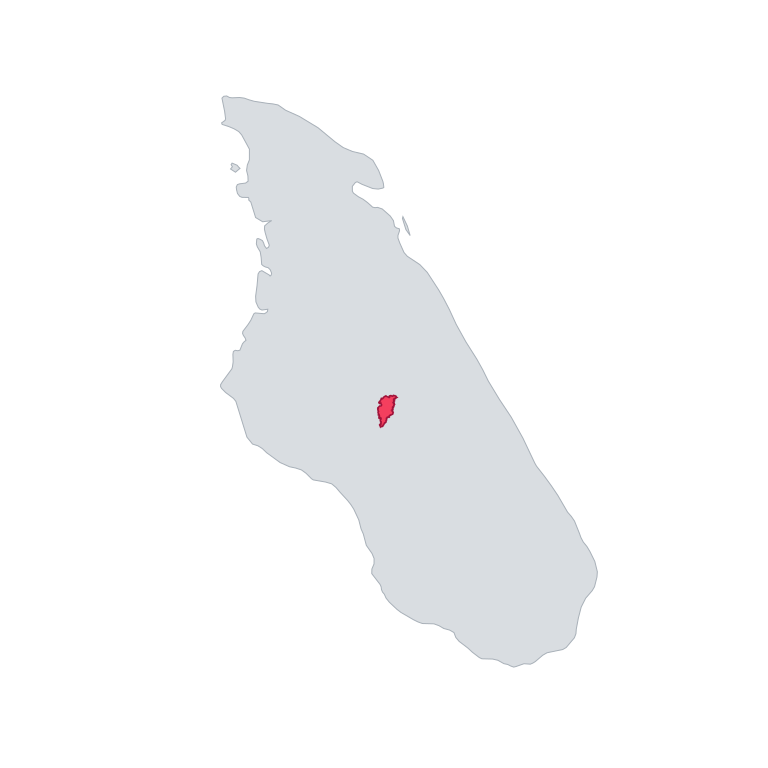 Soavinandriana, Itasy, Madagascar shown in context, rotated 312°
{"feature_id": "10022922B59328070281510", "entity_name": "Soavinandriana", "entity_type": "district", "adm_level": 2, "iso_a3": "MDG", "parent_name": "Madagascar", "parent_adm1": "Itasy", "projection": "albers", "projection_center": [46.563, -19.219], "detail": "fine", "context": "in_parent", "style": "filled", "palette": "rose", "viewbox_px": 768, "rotation_deg": 312, "n_neighbors": 0, "source": "geoboundaries", "source_scale": "gbopen_adm2", "svg_char_len": 8211}
<svg xmlns="http://www.w3.org/2000/svg" viewBox="0 0 768 768"><g transform="rotate(312 384 384)"><path d="M502.9,88.8L504.9,93.6L507.2,98.3L514.6,109.6L517.8,114.0L520.5,118.6L521.6,127.7L526.2,142.0L530.3,163.5L531.2,185.4L532.4,195.5L535.7,205.0L541.2,215.0L542.8,226.0L539.1,237.1L533.8,247.6L532.4,249.6L530.0,252.3L528.9,252.1L525.0,249.3L521.7,244.8L517.7,234.1L516.3,228.7L514.6,227.9L509.7,228.2L506.1,231.5L505.4,233.6L506.0,239.6L507.3,244.9L507.8,250.4L507.8,257.2L509.0,259.3L511.0,261.1L512.9,265.6L513.0,276.3L511.7,281.7L508.2,286.3L508.3,288.8L509.6,291.5L508.3,293.0L503.7,295.0L501.8,296.7L499.3,301.4L495.1,310.9L494.5,315.8L496.7,330.8L495.9,341.4L490.5,361.7L487.4,371.2L483.1,382.7L476.6,397.8L470.1,416.7L464.6,436.3L460.6,448.0L456.0,459.5L449.8,480.0L444.5,500.7L436.7,523.5L426.1,549.0L425.0,552.3L422.7,565.3L420.3,576.6L417.5,587.8L411.6,606.2L410.9,611.9L409.6,617.3L403.9,628.9L401.6,633.2L399.9,637.8L399.0,643.6L397.3,649.1L393.2,659.4L387.2,668.2L383.1,671.4L374.2,676.1L369.7,677.0L359.8,677.2L350.2,679.8L340.2,685.0L330.5,690.9L326.9,693.7L322.8,695.3L310.1,695.7L306.3,694.5L293.4,685.0L288.5,683.4L279.1,682.2L276.3,681.4L273.7,680.2L269.8,675.2L262.3,671.1L260.4,669.8L259.2,666.8L258.4,663.7L256.4,660.2L254.9,653.5L252.3,648.8L245.3,640.6L244.5,637.9L243.8,629.1L243.9,623.1L243.0,612.1L243.7,607.0L246.1,602.3L245.0,597.3L242.3,592.0L241.2,586.6L239.2,581.6L231.7,572.8L229.9,568.4L228.6,563.8L225.6,549.6L225.2,544.6L225.4,534.1L226.3,528.7L228.0,524.9L228.4,522.1L229.6,519.6L231.3,517.7L232.4,515.3L234.9,501.8L238.4,498.8L243.6,497.0L247.7,493.4L250.0,488.6L252.3,478.8L258.7,469.0L261.0,463.9L266.2,456.1L270.8,445.2L272.2,440.0L273.1,434.8L274.2,423.3L275.0,417.5L274.8,411.9L272.0,406.1L265.4,395.6L265.1,393.6L265.5,385.8L264.9,380.1L262.4,374.5L259.3,369.2L256.1,359.3L254.4,342.8L254.6,336.8L253.7,331.6L251.4,326.5L252.8,317.7L272.0,285.5L272.6,281.8L271.7,272.0L272.0,266.4L272.7,264.3L274.2,263.0L277.5,262.4L293.5,260.8L295.5,259.8L299.5,257.1L304.9,251.9L307.4,250.3L309.5,250.9L310.9,253.1L312.7,254.3L319.2,251.9L321.6,251.8L324.1,252.2L325.3,250.0L326.0,247.1L326.9,245.1L328.7,243.9L337.0,243.2L342.2,242.4L349.1,240.3L350.6,240.7L356.1,248.0L357.8,248.6L359.9,248.9L361.8,247.6L357.3,243.8L356.6,241.6L356.9,239.2L359.3,233.9L363.3,229.9L372.2,223.8L381.5,216.8L384.2,216.3L386.5,217.4L388.2,225.7L388.0,227.1L389.5,227.3L391.2,226.3L392.8,222.9L392.9,220.1L391.6,217.5L391.0,215.2L391.0,213.1L395.7,208.2L399.4,203.6L401.2,198.0L402.7,195.4L406.6,192.5L407.8,193.0L408.7,195.3L409.2,197.8L408.2,200.3L406.7,202.8L406.1,206.0L408.3,206.7L410.4,205.9L413.5,200.0L417.0,194.4L419.1,191.5L421.7,189.5L426.1,190.0L430.3,191.2L423.4,185.3L421.8,177.2L430.1,163.3L430.2,160.4L431.4,159.5L431.9,158.4L427.7,153.6L426.9,151.3L427.5,147.7L429.6,144.6L431.5,142.4L434.1,141.6L436.2,142.8L440.7,146.7L443.8,147.3L447.6,143.6L450.7,139.0L455.3,135.9L460.5,134.0L468.5,126.8L473.9,111.5L474.4,107.1L473.3,101.7L471.5,96.5L468.6,90.0L469.4,88.6L473.7,89.5L475.2,88.7L480.0,83.1L488.0,72.3L490.6,72.4L492.8,74.4L493.5,77.4L495.0,79.6L500.2,84.9L502.9,88.8ZM447.9,131.0L447.9,132.7L442.0,131.9L441.1,126.1L444.0,126.0L444.7,123.6L446.5,123.3L448.3,128.5L447.9,131.0ZM517.0,295.7L511.8,304.1L513.4,297.0L519.4,286.9L521.0,286.1L517.0,295.7Z" fill="#d9dde1" stroke="#a8b0b8" stroke-width="1"/><path d="M383.0,401.2L382.9,400.8L382.8,400.7L382.6,400.4L382.7,399.9L382.2,399.3L381.6,399.0L381.5,398.8L381.6,398.5L381.4,398.5L381.1,398.5L380.9,398.5L380.6,398.5L380.3,398.0L380.3,397.8L380.1,397.5L380.2,397.4L380.2,397.1L379.9,396.7L379.6,396.5L379.4,396.5L379.2,396.4L379.0,396.1L378.7,396.0L378.4,396.1L378.0,397.0L377.7,397.0L377.3,396.9L377.2,396.6L377.1,395.8L376.7,394.9L376.6,394.3L376.5,394.1L376.3,393.9L376.5,393.7L376.5,393.4L376.4,393.4L376.1,393.2L375.7,393.0L375.0,392.9L374.9,392.7L374.6,392.6L374.1,392.7L373.9,392.7L373.7,392.6L373.3,392.9L372.8,392.8L372.4,392.8L372.5,392.6L372.2,392.6L371.8,392.0L371.7,391.8L371.5,392.0L371.4,392.0L371.0,391.9L371.0,392.0L370.8,392.1L370.7,392.3L370.3,392.3L370.3,392.2L370.2,392.2L369.8,392.3L369.5,392.3L369.1,392.3L368.7,392.4L368.6,392.6L368.2,392.5L368.0,392.4L367.9,392.4L367.7,392.4L367.7,392.6L367.4,392.7L367.3,392.8L367.2,392.6L366.9,392.5L366.6,392.7L366.5,393.1L366.5,393.6L366.7,394.2L367.0,394.3L367.6,394.3L367.8,394.3L367.7,394.5L367.5,394.8L367.2,395.2L367.0,395.8L366.9,396.2L366.9,396.3L366.7,396.4L366.2,396.4L366.0,396.5L365.6,396.4L365.1,395.9L364.9,395.6L364.7,395.5L364.6,395.4L364.0,395.5L363.9,395.5L363.5,395.4L362.8,395.5L362.7,395.5L362.5,395.3L362.4,395.3L362.3,395.6L362.0,395.6L362.0,396.0L361.9,396.2L361.6,396.2L361.4,396.0L361.1,396.2L361.0,396.3L361.0,396.5L360.8,396.7L360.9,396.8L360.8,397.0L360.7,397.2L360.3,397.4L360.1,397.5L359.9,397.6L359.9,397.8L360.0,397.8L360.1,398.0L360.0,398.3L359.7,398.3L359.4,398.5L358.8,398.7L358.7,398.7L358.4,399.3L358.3,399.5L358.2,399.7L358.2,400.3L358.1,400.5L357.7,400.2L357.4,400.3L357.5,400.5L357.3,400.6L357.4,400.8L357.5,401.0L357.4,401.2L357.6,401.4L357.6,401.6L357.3,401.8L357.1,401.6L356.9,401.9L356.5,402.0L356.4,402.1L356.6,402.3L356.8,402.4L356.8,402.5L356.6,402.7L356.5,402.9L356.3,402.9L356.1,403.1L355.8,402.9L355.6,402.8L355.5,403.0L355.2,403.2L355.2,403.3L355.3,403.4L355.3,403.7L355.4,403.8L355.7,403.7L355.9,403.7L356.0,403.9L356.6,404.2L356.7,404.4L356.7,404.5L356.1,405.1L355.9,404.9L355.9,405.2L355.6,405.2L355.4,405.3L355.0,405.3L354.8,405.3L354.4,405.6L354.4,405.9L353.9,406.3L353.9,406.5L354.1,406.7L354.1,407.0L354.0,407.3L353.4,407.7L353.1,407.6L352.9,407.8L352.6,407.7L352.6,408.1L352.4,408.3L352.4,408.5L352.1,408.4L351.9,408.6L351.6,408.5L351.4,408.6L351.1,408.1L350.9,408.0L350.7,408.0L350.5,408.3L350.7,408.8L350.4,408.9L350.2,409.1L350.2,409.3L349.7,410.1L350.0,410.1L350.4,410.3L350.6,410.3L350.7,410.6L350.8,410.7L350.8,410.9L351.0,410.9L351.5,411.3L351.9,411.3L352.0,411.0L352.4,411.2L352.6,411.0L352.9,411.0L353.1,410.9L353.6,411.1L353.8,411.0L354.1,410.8L354.5,410.8L355.0,410.5L355.3,410.6L355.7,410.5L355.8,410.5L355.9,410.9L356.1,411.0L356.5,410.9L356.8,411.0L357.1,410.9L357.3,410.9L357.6,410.6L357.7,410.4L357.8,410.2L358.0,410.0L358.2,409.9L358.4,409.8L358.5,409.8L358.9,410.1L359.0,410.1L359.4,409.7L359.6,409.3L359.9,409.2L360.0,409.0L360.2,408.9L360.3,408.8L360.3,408.7L360.7,408.8L360.8,408.9L361.0,408.9L361.1,409.0L361.2,408.9L361.3,408.7L361.5,408.6L361.9,408.9L362.1,409.1L362.3,409.3L362.4,409.9L362.6,410.1L362.9,410.1L363.0,410.1L363.0,409.9L362.9,409.8L363.1,409.7L363.4,409.4L363.7,409.2L364.1,409.2L364.4,409.4L364.7,409.3L364.8,409.3L365.0,409.8L365.2,410.0L365.3,410.0L365.6,409.8L365.7,409.7L366.2,410.0L367.1,410.6L367.3,410.4L367.6,410.3L367.8,410.5L368.1,410.3L368.3,410.2L368.5,410.2L368.8,410.1L368.8,409.8L369.1,409.6L369.3,409.4L369.3,409.2L369.2,409.1L369.3,409.0L369.4,408.9L369.3,408.6L369.3,408.2L369.4,408.3L369.6,408.3L369.8,408.4L370.0,408.2L369.9,407.9L370.3,407.8L370.3,407.7L370.4,407.8L370.5,407.8L370.5,407.7L370.4,407.6L370.5,407.5L370.8,407.5L371.0,407.6L371.1,407.3L371.5,407.1L371.6,406.8L371.9,406.7L372.0,406.8L372.1,406.7L371.9,406.3L372.1,406.2L372.4,406.1L372.5,406.2L372.6,405.8L372.8,405.8L373.0,406.0L372.9,406.2L372.9,406.3L373.1,406.2L373.2,406.3L373.3,406.1L373.7,406.0L373.9,406.3L374.0,406.3L374.1,406.2L374.1,405.9L374.3,405.9L374.4,405.7L374.6,405.6L374.9,405.7L375.0,405.6L375.0,405.4L375.3,405.4L375.4,405.5L375.6,405.3L375.8,405.1L376.0,405.2L376.0,404.9L376.3,404.7L376.1,404.4L376.3,404.3L376.3,404.2L376.5,404.1L376.3,403.9L376.1,403.8L376.1,403.6L376.3,403.5L376.6,403.7L376.6,403.4L376.7,403.5L376.9,403.4L377.0,403.4L377.1,403.2L377.3,403.2L377.6,402.9L377.8,403.0L378.0,402.9L378.1,403.0L378.2,402.7L378.3,402.8L378.5,402.6L378.5,402.4L378.7,402.5L378.8,402.4L378.8,402.2L378.6,402.1L378.8,401.6L379.0,401.6L379.1,401.8L379.2,401.4L379.5,401.5L379.7,401.4L379.9,401.6L380.1,401.5L380.3,401.7L380.3,401.9L380.4,402.0L380.6,401.9L380.7,402.0L380.7,402.3L380.8,402.3L380.9,402.1L381.1,402.1L381.3,401.9L381.4,402.0L381.5,402.0L381.8,402.0L381.8,402.3L382.1,402.4L382.2,402.0L382.4,402.0L382.7,402.3L382.7,402.1L382.6,401.6L382.6,401.4L382.7,401.2L382.9,401.3L383.0,401.2Z" fill="#f43f5e" stroke="#9f1239" stroke-width="1.5"/></g></svg>